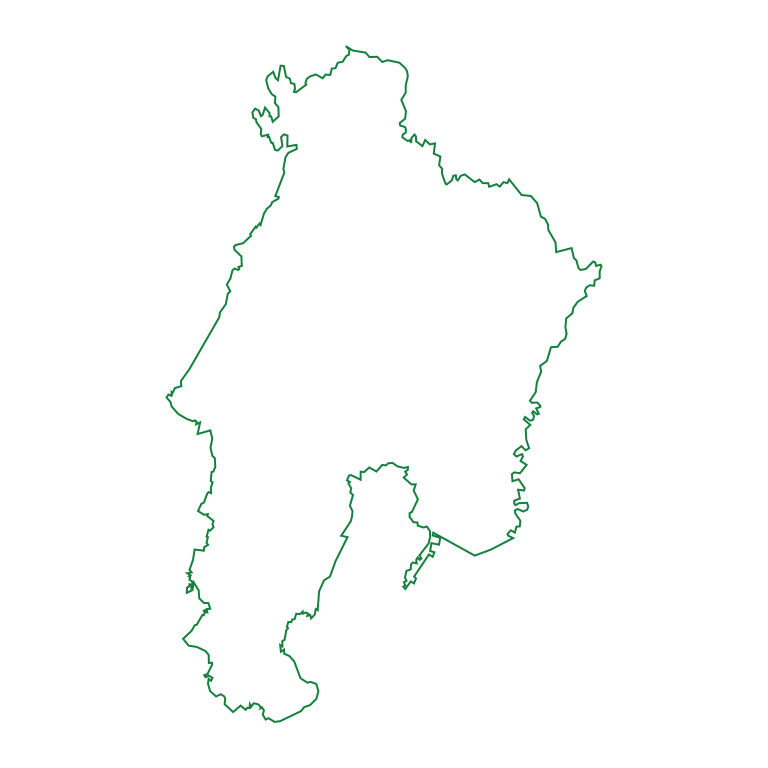 outline of Demak, Jawa Tengah, Indonesia
{"feature_id": "22746128B71519500232359", "entity_name": "Demak", "entity_type": "district", "adm_level": 2, "iso_a3": "IDN", "parent_name": "Indonesia", "parent_adm1": "Jawa Tengah", "projection": "equal_earth", "projection_center": [110.607, -6.923], "detail": "fine", "context": "isolated", "style": "outline", "palette": "green", "viewbox_px": 768, "rotation_deg": 0, "n_neighbors": 0, "source": "geoboundaries", "source_scale": "gbopen_adm2", "svg_char_len": 6081}
<svg xmlns="http://www.w3.org/2000/svg" viewBox="0 0 768 768"><path d="M509.1,179.3L507.4,183.1L503.4,182.2L499.8,186.6L496.5,184.2L489.2,186.8L488.2,183.1L482.6,183.1L479.4,179.5L474.7,182.1L464.7,174.4L460.8,175.8L457.8,180.4L456.3,179.2L455.8,175.3L453.3,175.8L451.7,180.6L446.7,184.4L445.5,183.7L442.0,173.6L442.2,168.9L439.1,165.3L440.4,156.5L433.8,153.6L435.0,143.4L429.8,144.4L425.2,140.0L422.4,146.1L416.1,141.2L415.9,136.4L414.5,134.5L411.5,137.9L411.1,142.9L409.9,140.1L407.7,141.0L402.3,137.2L402.8,134.6L405.7,132.7L406.0,129.6L404.9,126.9L400.3,125.7L399.7,123.0L405.1,118.8L406.0,111.2L401.3,99.8L405.7,92.7L405.7,85.3L407.8,76.4L407.1,71.3L404.9,67.7L399.4,62.7L387.7,60.2L382.3,62.0L377.2,56.8L369.4,57.0L365.6,52.6L352.7,50.5L345.8,46.1L349.4,49.9L348.9,54.7L346.4,55.9L342.6,61.8L337.7,62.8L335.5,68.2L331.8,68.6L330.3,74.9L325.6,74.6L322.7,78.3L315.9,74.4L309.7,76.6L306.9,78.8L305.4,83.0L306.3,84.6L296.0,92.3L293.9,91.8L295.0,88.9L294.4,83.9L291.0,83.2L289.8,78.7L286.1,76.9L283.8,65.9L280.6,65.7L278.0,80.2L275.6,78.2L273.2,71.8L267.6,76.4L266.2,80.2L268.3,88.5L271.9,94.3L275.4,96.6L274.9,103.0L278.4,107.1L278.7,116.3L272.7,121.8L271.2,116.4L269.5,116.3L269.5,113.0L265.0,107.6L262.8,114.7L260.9,116.2L258.8,110.6L255.2,108.6L252.4,112.4L253.3,117.8L256.0,119.3L256.4,122.1L261.3,129.0L260.7,133.7L261.8,136.3L268.2,134.7L267.7,137.1L269.1,136.8L271.2,142.8L272.7,142.8L275.1,150.0L277.8,150.5L282.4,146.2L281.1,137.1L284.0,134.3L287.5,135.6L287.3,146.5L296.4,144.9L296.8,148.9L288.4,152.8L285.5,157.2L283.4,168.9L284.3,172.7L275.3,196.1L278.8,197.0L278.5,198.6L272.2,202.1L270.9,205.3L266.9,208.7L264.0,213.5L260.6,224.9L259.6,223.5L256.3,227.7L255.6,226.7L250.2,234.2L251.0,235.8L243.1,243.2L235.4,245.1L233.9,247.0L234.6,249.9L241.4,256.4L241.8,266.0L238.5,266.9L239.3,269.0L238.3,270.0L234.6,268.5L232.5,270.3L230.4,278.4L226.8,284.6L230.3,291.3L227.8,293.7L225.8,304.2L219.9,312.5L219.3,317.2L189.5,369.0L180.9,381.0L181.3,386.2L175.0,388.0L172.4,393.3L171.6,392.3L171.5,395.8L168.5,394.6L166.5,397.5L170.4,401.9L171.7,406.6L178.3,414.0L187.0,419.1L193.3,421.3L194.7,420.3L196.6,421.6L196.1,424.3L200.1,422.4L197.6,434.0L210.3,430.4L212.3,438.5L210.5,447.8L212.4,455.9L214.8,458.1L215.3,466.8L213.4,471.6L211.6,472.0L210.7,480.9L212.6,482.3L210.9,487.6L211.0,493.1L208.6,492.2L207.3,493.5L203.9,502.6L201.4,503.8L198.0,511.0L204.2,514.9L207.8,514.1L207.4,516.2L213.6,521.0L212.5,523.9L213.5,527.4L210.0,530.7L208.5,529.8L206.6,536.7L207.9,537.1L206.5,542.9L208.1,544.8L204.3,547.1L203.8,550.7L194.6,549.5L193.0,560.0L189.5,569.8L191.6,572.4L187.3,573.2L190.5,575.3L188.9,576.3L190.2,577.1L189.4,579.7L192.1,581.6L192.9,585.6L191.4,587.4L191.5,584.7L189.4,584.2L189.3,586.4L187.0,587.6L186.8,592.8L192.4,590.2L193.7,582.4L198.7,590.4L199.2,598.3L204.0,603.0L208.4,603.0L210.2,608.8L206.7,609.1L207.3,612.4L205.6,611.8L205.9,609.9L203.8,610.7L204.8,612.7L203.7,615.3L202.4,615.0L196.7,624.8L194.9,625.1L191.4,631.0L183.1,638.8L188.6,645.6L197.0,647.0L205.6,651.1L208.7,655.0L208.9,663.0L211.9,662.7L212.1,664.5L207.6,673.9L204.2,675.2L205.5,677.2L208.8,675.6L212.5,677.9L211.0,680.8L208.6,678.9L208.0,683.7L210.1,691.1L216.1,696.4L220.9,694.3L224.1,696.3L225.2,698.5L224.6,704.2L233.1,712.0L240.6,705.6L245.7,709.8L247.2,707.8L249.6,708.1L249.9,704.3L251.2,706.8L253.6,703.3L258.2,704.3L261.0,707.1L260.5,708.3L262.0,707.5L264.0,710.4L262.7,714.6L265.7,719.6L268.5,718.2L274.6,721.9L280.1,721.2L301.2,711.0L304.2,707.1L310.1,705.1L316.4,698.8L318.4,691.2L316.3,683.9L310.7,681.9L307.4,682.7L300.5,678.2L294.2,661.4L289.5,656.1L284.2,653.7L284.1,649.6L280.9,651.7L280.2,645.1L282.4,646.5L282.3,641.1L284.6,639.8L286.2,630.4L288.1,628.3L286.9,627.0L288.3,622.0L291.3,622.2L292.2,619.5L294.5,619.3L296.3,613.7L300.0,614.2L302.7,611.6L302.9,613.6L305.9,612.5L308.1,613.6L307.3,615.9L310.2,614.9L311.1,618.4L314.7,614.6L315.8,609.0L317.7,610.2L319.1,591.3L324.1,580.2L329.9,576.7L335.6,561.0L347.5,537.2L341.2,535.7L350.8,521.3L352.1,516.0L352.5,511.1L349.9,505.8L353.0,495.1L350.3,492.4L351.2,488.3L348.4,483.3L349.9,482.0L347.0,480.3L349.0,475.6L351.0,475.1L360.6,479.7L360.7,471.7L364.1,472.1L369.2,467.5L376.4,471.5L382.3,464.9L385.8,465.4L388.3,463.3L392.5,462.9L397.5,466.4L404.1,467.9L407.9,467.0L407.8,469.8L405.2,471.7L407.1,474.4L403.7,477.6L411.4,484.4L415.7,484.3L413.7,490.6L417.9,499.3L411.9,512.0L409.7,512.9L409.6,517.0L413.5,522.2L417.4,522.5L417.8,525.7L423.6,527.5L426.8,526.5L429.9,530.9L430.1,537.2L428.6,543.5L419.4,555.4L421.4,558.6L419.5,559.8L417.7,557.5L416.2,560.0L416.7,563.4L412.9,562.5L411.1,564.2L410.7,569.4L406.4,570.9L405.0,577.7L406.5,580.9L403.9,582.2L405.3,585.4L403.3,586.7L405.3,589.0L410.8,581.4L414.0,583.4L416.0,578.4L414.1,576.6L429.0,554.4L432.7,556.8L434.4,552.3L430.1,551.0L431.5,543.1L439.0,544.7L440.2,537.8L432.7,535.5L433.3,532.7L474.7,555.6L490.9,549.6L513.1,538.1L507.9,535.5L507.6,533.8L510.8,530.3L514.9,532.6L516.4,526.7L519.8,526.4L520.3,520.7L515.3,513.4L514.9,510.4L517.6,509.0L523.3,511.5L527.2,509.6L528.3,506.5L527.0,502.8L519.1,503.2L515.4,505.1L514.2,503.7L514.3,500.6L519.9,498.6L518.1,489.7L524.0,490.5L524.7,488.2L518.6,479.3L512.5,481.2L511.9,474.2L514.1,472.4L520.0,473.2L526.6,464.9L520.6,461.0L523.0,456.4L522.0,454.1L516.5,456.5L513.9,454.1L515.8,450.5L521.5,446.1L525.6,450.3L529.1,448.2L526.3,439.9L525.7,429.3L530.3,424.9L523.9,419.5L525.0,417.0L530.2,420.7L533.0,419.8L534.1,416.0L532.1,412.9L533.2,411.3L537.2,414.4L538.8,413.7L536.2,408.4L540.3,407.0L540.2,405.6L537.2,402.5L531.9,402.8L529.9,400.8L535.7,392.1L536.9,382.1L541.2,371.6L540.1,365.9L546.9,360.9L551.0,347.2L557.7,346.8L560.9,341.7L565.1,339.0L566.6,333.8L565.4,327.5L566.2,318.5L572.4,313.2L573.3,307.8L577.8,301.7L586.7,296.0L584.8,291.0L586.2,287.5L589.7,285.3L594.2,285.7L594.6,280.4L599.7,278.3L599.7,271.4L601.5,266.2L600.5,264.7L596.1,265.9L595.2,262.3L593.2,261.5L586.0,268.9L580.5,270.0L578.4,267.9L576.4,260.4L573.9,258.1L571.6,248.1L556.2,252.1L555.5,242.4L548.3,229.9L548.0,224.5L545.1,218.9L540.9,216.6L537.2,203.2L530.9,196.0L521.6,195.0L509.1,179.3Z" fill="none" stroke="#15803d" stroke-width="2"/></svg>